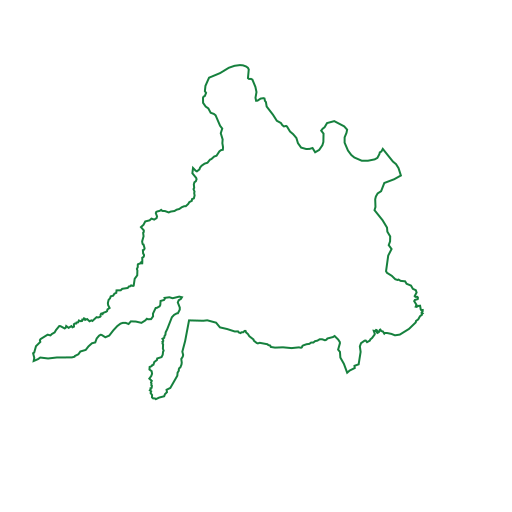 Pital, Huila, Colombia (Mercator projection), rotated 110°
{"feature_id": "7082276B7472768394533", "entity_name": "Pital", "entity_type": "district", "adm_level": 2, "iso_a3": "COL", "parent_name": "Colombia", "parent_adm1": "Huila", "projection": "mercator", "projection_center": [-75.81, 2.257], "detail": "fine", "context": "isolated", "style": "outline", "palette": "green", "viewbox_px": 512, "rotation_deg": 110, "n_neighbors": 0, "source": "geoboundaries", "source_scale": "gbopen_adm2", "svg_char_len": 6123}
<svg xmlns="http://www.w3.org/2000/svg" viewBox="0 0 512 512"><g transform="rotate(110 256 256)"><path d="M334.5,130.4L331.6,128.8L327.5,124.9L325.5,125.9L322.7,122.5L310.3,124.9L305.4,127.5L302.0,127.5L298.4,125.0L297.9,124.0L299.0,122.2L296.6,120.1L295.2,120.0L293.4,118.9L289.3,117.7L288.6,117.7L286.0,119.8L285.6,118.0L284.4,117.9L284.3,117.4L285.2,116.0L286.5,116.2L286.8,115.6L285.5,114.5L283.0,114.4L282.6,114.0L283.7,112.6L283.5,111.0L285.1,108.9L284.2,108.5L283.5,106.3L282.9,102.1L283.0,98.3L280.7,94.0L272.2,87.3L263.8,83.2L262.3,83.4L260.1,81.9L256.5,81.3L254.5,80.0L253.7,80.5L252.9,79.8L252.3,81.0L250.8,80.5L249.7,80.9L250.3,82.3L249.9,82.9L246.6,84.8L247.4,86.4L248.9,87.7L249.0,88.6L247.0,88.5L244.3,91.9L243.0,91.7L241.2,89.3L239.9,89.5L239.2,90.4L239.9,92.2L239.4,93.2L235.4,92.6L233.5,94.1L233.2,97.4L230.8,100.2L230.6,105.0L228.8,107.2L229.9,111.6L229.4,114.0L230.1,114.7L230.2,117.2L228.2,121.6L227.0,127.2L225.8,128.6L210.4,131.9L203.1,131.0L200.4,135.0L196.4,135.0L191.7,136.6L188.2,140.9L184.5,142.6L179.1,149.3L172.4,160.3L169.1,160.5L161.9,163.4L159.1,163.7L155.6,163.1L152.3,160.6L143.5,160.4L136.6,152.4L130.8,147.4L124.7,152.1L121.8,155.8L120.4,159.7L112.0,173.5L114.9,173.9L116.3,175.1L118.1,174.9L122.3,175.5L124.6,177.5L128.2,183.4L130.3,189.2L129.8,197.3L128.5,201.0L125.4,205.7L119.2,211.5L114.2,213.3L109.3,213.1L106.1,213.6L104.0,217.5L102.5,228.6L106.8,234.7L111.6,235.6L113.6,236.9L115.9,237.6L117.9,234.4L125.8,231.7L129.2,231.5L134.7,232.9L138.3,235.9L135.2,239.8L137.1,242.4L138.3,245.4L138.7,250.7L135.6,255.2L131.3,258.4L128.8,262.8L127.4,266.6L123.7,271.2L123.5,272.2L124.7,274.1L124.0,276.1L122.5,278.1L121.8,282.7L117.5,288.3L111.9,297.1L108.0,299.3L107.1,300.7L105.1,301.9L105.1,302.9L106.5,305.5L109.5,307.7L110.1,309.0L107.5,310.6L101.8,311.6L97.3,314.4L91.5,319.7L91.3,321.3L92.0,323.2L91.6,324.4L83.2,326.6L81.9,328.0L81.3,330.2L81.3,333.5L82.1,336.4L84.6,341.2L88.4,345.9L96.5,352.4L104.5,361.1L113.4,361.7L118.6,360.4L119.8,358.7L123.1,358.8L124.2,359.8L125.5,359.9L130.2,358.1L132.8,354.4L133.6,351.3L136.9,347.6L136.9,344.2L137.6,342.1L145.9,334.3L147.8,331.3L152.7,331.1L157.9,327.2L161.5,326.2L165.0,324.2L167.5,323.5L168.5,325.1L170.2,326.2L175.3,327.4L176.8,329.3L180.2,331.1L181.2,332.2L185.0,333.5L186.8,335.9L189.8,338.0L192.0,338.8L194.0,338.8L196.7,340.5L196.5,341.8L194.8,345.3L200.0,344.1L203.1,338.9L204.2,338.1L206.3,338.1L207.8,339.1L210.0,338.9L213.1,337.4L214.5,337.6L216.5,335.8L218.0,335.6L220.1,334.4L223.1,334.1L224.5,335.6L226.1,335.2L228.2,337.1L230.3,337.5L233.2,339.0L233.8,340.5L235.5,342.4L238.1,344.2L239.6,346.4L241.6,348.0L243.4,351.3L244.9,352.9L244.9,356.9L245.7,359.5L245.1,360.9L246.5,361.9L247.9,364.0L248.7,364.8L250.0,364.8L252.7,362.5L254.4,362.4L256.6,364.1L256.6,367.0L258.9,368.2L261.4,371.9L265.2,372.4L268.2,374.0L270.3,370.2L271.8,369.7L272.8,370.0L275.9,368.4L281.2,368.0L283.0,367.0L283.7,366.4L283.7,365.6L286.9,363.3L288.2,363.3L289.2,364.3L292.3,362.9L293.0,361.8L294.1,361.3L295.4,361.4L296.5,362.3L299.9,361.0L301.0,361.7L301.3,360.5L301.8,360.4L302.5,362.2L304.1,364.1L304.7,364.1L306.9,363.3L308.9,363.5L310.2,362.5L314.8,361.0L318.9,362.2L325.7,360.8L326.2,361.3L326.3,363.3L327.3,363.6L328.1,365.0L329.9,365.6L332.6,370.5L334.5,371.4L336.0,375.3L338.4,374.7L339.9,376.2L342.1,376.6L343.6,378.7L345.7,378.7L347.7,379.5L350.9,379.1L352.8,378.1L354.9,375.8L357.0,377.3L358.7,377.1L359.5,377.6L361.7,380.1L363.0,380.3L362.7,381.2L363.1,381.8L364.4,382.0L365.8,381.4L366.6,381.8L367.8,383.4L368.0,384.9L373.0,387.5L372.8,388.7L374.3,390.1L373.0,393.1L374.4,394.6L373.5,395.3L373.4,396.3L374.7,396.4L375.1,397.5L376.6,397.3L377.2,398.4L377.2,400.4L379.1,400.4L379.9,401.9L380.9,401.8L381.4,403.1L382.4,403.8L384.6,402.9L385.8,404.1L385.0,405.5L387.6,407.5L386.7,410.4L388.5,410.3L389.5,411.0L388.8,415.8L389.1,416.9L393.9,418.6L396.7,419.1L399.2,421.2L400.9,422.0L401.2,424.9L407.7,430.0L409.0,430.3L410.5,429.3L416.0,431.9L422.6,431.4L423.6,432.2L427.6,429.5L430.7,429.0L427.4,425.5L425.2,424.0L423.4,416.3L419.4,408.3L414.3,394.4L412.7,392.1L411.9,392.0L409.1,389.3L405.8,388.4L402.5,383.9L398.2,382.5L394.1,380.3L392.2,377.5L388.0,377.5L384.5,376.2L383.1,375.0L383.0,373.9L383.9,369.8L381.0,366.7L374.5,364.6L369.3,362.4L365.9,360.2L364.4,358.3L363.4,355.5L363.5,352.5L360.2,351.2L358.7,346.5L358.0,340.8L354.4,338.0L352.3,337.1L352.4,335.9L351.2,333.0L347.9,332.1L345.4,333.1L339.2,332.5L338.6,331.4L336.3,329.4L334.7,329.2L330.9,330.3L328.8,327.4L327.1,327.0L326.6,327.5L324.4,323.3L324.2,319.9L320.4,314.2L320.1,311.5L322.0,311.9L324.0,313.5L326.4,313.6L330.5,310.0L332.5,309.3L336.5,309.8L337.0,310.8L339.3,312.8L342.3,314.1L355.2,314.4L358.6,314.8L361.0,314.2L362.3,314.6L364.3,314.3L365.8,315.6L366.8,314.4L367.7,314.1L368.7,314.6L369.3,313.9L370.3,313.9L370.8,313.1L374.9,311.8L376.6,310.4L377.7,310.6L380.7,309.9L383.3,310.2L386.1,313.8L387.6,313.5L390.4,315.3L393.3,315.2L394.2,316.3L395.2,316.4L396.6,318.0L399.1,317.3L399.9,314.7L402.2,313.4L404.6,313.4L407.7,314.3L409.0,311.2L410.8,311.4L411.6,310.6L413.2,310.2L413.6,309.4L415.6,309.0L416.4,309.9L417.2,309.4L418.5,309.8L419.0,308.2L420.8,308.2L422.2,306.1L424.4,305.4L425.0,304.0L424.4,302.2L424.8,301.2L422.1,298.5L419.2,294.3L417.0,294.3L414.4,293.1L412.3,294.3L409.3,291.4L395.4,289.0L392.4,289.8L390.2,289.3L388.8,289.8L387.5,289.7L386.6,289.0L383.5,288.9L381.6,289.3L378.3,291.0L375.6,290.4L373.9,290.6L371.1,292.5L360.2,293.5L339.4,296.9L334.9,283.4L333.1,279.8L332.3,270.7L335.4,265.5L334.5,258.1L334.2,250.2L333.0,247.1L333.7,246.1L333.7,244.1L332.7,243.6L332.0,241.9L330.3,241.1L330.0,240.2L331.2,239.2L332.1,236.9L333.7,234.8L335.3,229.8L336.3,229.1L337.5,225.6L337.5,224.4L336.3,222.8L335.0,215.0L335.5,214.0L335.3,212.0L336.4,211.0L335.6,206.8L332.6,199.5L330.4,191.1L327.2,184.5L326.8,182.3L326.2,181.7L324.6,181.6L323.9,181.1L321.6,178.3L320.3,175.8L318.5,174.6L317.7,172.5L315.8,171.4L314.6,169.4L312.5,167.7L311.6,165.2L311.6,162.4L310.6,161.2L309.1,160.7L305.8,155.9L304.3,154.8L306.4,150.2L308.2,147.8L309.3,147.3L315.9,146.8L317.4,144.3L322.6,142.0L327.3,136.5L334.5,130.4Z" fill="none" stroke="#15803d" stroke-width="2"/></g></svg>